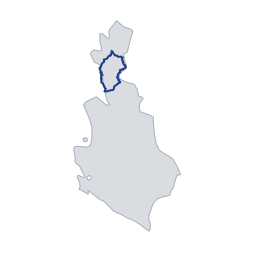 Sisian, Syunik, Armenia (highlighted), rotated 219°
{"feature_id": "60910142B33195245753630", "entity_name": "Sisian", "entity_type": "district", "adm_level": 2, "iso_a3": "ARM", "parent_name": "Armenia", "parent_adm1": "Syunik", "projection": "natural_earth1", "projection_center": [45.922, 39.579], "detail": "medium", "context": "in_parent", "style": "outline", "palette": "blue", "viewbox_px": 256, "rotation_deg": 219, "n_neighbors": 0, "source": "geoboundaries", "source_scale": "gbopen_adm2", "svg_char_len": 3678}
<svg xmlns="http://www.w3.org/2000/svg" viewBox="0 0 256 256"><g transform="rotate(219 128 128)"><path d="M114.9,152.4L113.1,149.6L104.2,140.4L95.9,133.4L90.2,130.5L84.4,130.8L75.4,132.2L72.2,131.6L64.4,128.5L57.9,124.9L58.8,123.4L60.2,122.3L58.6,117.6L55.0,110.0L55.4,107.6L54.3,104.3L53.1,101.8L58.2,95.8L60.6,91.1L61.1,86.4L59.8,81.6L56.5,72.8L54.5,70.3L50.7,67.9L47.5,64.0L46.7,61.3L49.4,60.7L57.3,60.7L65.0,59.7L71.0,57.9L79.7,56.4L83.2,55.0L87.4,54.4L100.1,55.9L104.8,54.7L119.1,54.5L119.4,54.0L117.5,52.1L117.5,51.4L126.0,50.2L127.3,49.4L128.4,52.3L131.6,55.6L135.1,56.9L137.0,58.7L137.0,60.0L130.9,61.7L130.5,62.5L130.9,63.3L132.7,63.7L141.3,67.8L146.3,67.9L148.8,69.2L150.1,71.6L154.2,74.9L157.5,78.2L157.7,79.3L157.1,80.9L147.9,87.2L146.7,89.4L146.6,91.7L150.6,98.6L156.6,106.0L165.2,111.7L177.0,117.9L177.2,121.8L175.3,126.3L173.7,129.4L172.9,131.5L171.5,132.4L159.7,132.2L157.9,132.9L157.1,133.8L157.1,134.6L161.3,136.0L167.9,140.8L171.7,145.6L175.7,147.6L180.2,151.4L183.8,154.9L189.3,159.5L195.6,158.0L203.9,162.0L204.2,164.8L203.7,167.2L198.5,169.9L197.8,171.0L197.8,171.9L198.5,173.2L201.6,175.4L205.2,178.7L209.3,183.6L207.5,185.0L203.7,185.2L200.7,184.6L199.7,185.6L199.7,187.2L203.6,190.9L204.4,193.6L204.2,198.3L204.4,204.2L195.4,203.8L187.7,206.6L184.8,206.1L182.9,201.0L181.2,197.0L176.3,186.5L177.7,182.2L175.0,179.8L168.4,175.3L166.7,173.5L167.6,171.0L168.3,166.4L167.7,162.6L165.9,161.5L162.6,161.4L158.6,162.4L150.6,166.0L145.1,163.7L141.9,161.3L140.0,159.4L135.9,161.0L134.8,160.2L134.6,155.4L133.4,152.8L130.9,149.8L128.6,148.4L120.0,151.4L114.9,152.4ZM128.4,66.5L128.7,64.7L128.3,63.2L126.9,62.7L125.2,63.1L125.1,64.8L125.6,66.5L127.3,67.2L128.4,66.5ZM155.7,93.1L153.7,94.2L151.9,93.7L151.9,91.0L153.2,90.0L154.7,90.0L156.2,91.0L155.7,93.1Z" fill="#d9dde1" stroke="#a8b0b8" stroke-width="1"/><path d="M189.0,177.5L188.1,176.0L187.6,174.2L187.2,174.2L187.1,173.2L188.0,172.4L188.3,171.2L188.0,168.5L189.8,166.0L188.2,164.4L188.7,162.8L188.7,161.1L188.1,160.3L188.0,159.0L187.8,158.8L187.9,158.6L187.8,158.1L187.4,157.9L187.5,157.3L187.8,156.9L187.6,156.8L187.3,156.5L186.9,155.8L185.7,155.4L185.3,154.9L184.8,154.6L184.5,153.9L184.0,153.5L183.2,153.5L183.0,153.8L183.0,154.1L182.4,153.6L182.3,153.3L181.9,153.2L182.4,152.9L182.4,152.5L181.8,151.6L180.7,150.9L180.5,150.5L180.6,150.3L180.5,149.8L180.1,149.5L179.6,149.5L179.1,149.1L179.0,148.8L179.1,148.5L178.3,147.9L177.8,147.0L177.2,146.6L175.7,146.9L174.0,145.9L173.8,145.9L173.1,145.4L172.3,145.2L172.1,145.0L171.8,144.7L170.6,144.5L170.0,144.5L169.9,144.3L169.8,143.4L169.4,142.4L169.3,141.9L168.5,142.2L167.8,142.8L167.3,143.3L166.7,144.5L166.0,145.2L164.9,146.8L163.8,147.8L163.6,148.3L163.5,148.7L163.6,149.3L164.8,151.9L164.8,152.3L164.1,153.9L163.8,155.5L163.9,156.3L163.1,157.6L162.9,158.2L163.1,158.9L164.0,159.0L164.7,158.9L165.1,159.6L165.8,159.4L166.2,159.9L167.4,160.0L167.6,160.2L167.5,160.5L167.8,161.1L168.5,160.9L168.8,161.6L168.8,161.8L168.8,162.1L169.3,163.0L169.4,163.4L169.4,163.7L169.6,163.9L169.5,164.6L169.8,165.2L169.5,165.9L169.3,166.2L169.3,166.6L169.9,167.2L170.5,167.6L170.6,168.1L170.6,168.3L170.0,168.7L169.7,169.4L169.5,169.6L169.3,170.2L168.7,170.2L168.6,171.0L168.4,171.3L168.4,172.1L168.2,172.9L168.1,173.0L168.0,173.3L168.2,174.1L169.0,174.6L169.4,174.5L169.6,174.7L170.4,174.7L170.5,174.9L170.9,174.7L171.7,174.9L172.9,175.7L173.2,175.8L173.4,176.4L173.9,176.6L174.3,176.6L174.4,176.9L174.7,177.0L174.9,177.2L175.3,177.2L175.8,177.6L175.8,177.9L175.8,178.0L177.2,178.7L177.4,178.8L177.3,179.0L177.5,178.9L178.1,178.8L178.4,179.0L180.5,177.1L182.0,177.3L183.7,176.3L187.4,177.0L188.2,177.7L189.0,177.5Z" fill="none" stroke="#1e3a8a" stroke-width="2"/></g></svg>